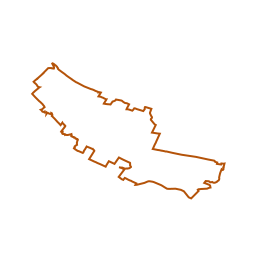 Unteni, Botosani, Romania (Equal Earth projection), rotated 155°
{"feature_id": "2599482B71401887627559", "entity_name": "Unteni", "entity_type": "district", "adm_level": 2, "iso_a3": "ROU", "parent_name": "Romania", "parent_adm1": "Botosani", "projection": "equal_earth", "projection_center": [26.797, 47.801], "detail": "fine", "context": "isolated", "style": "outline", "palette": "amber", "viewbox_px": 256, "rotation_deg": 155, "n_neighbors": 0, "source": "geoboundaries", "source_scale": "gbopen_adm2", "svg_char_len": 5690}
<svg xmlns="http://www.w3.org/2000/svg" viewBox="0 0 256 256"><g transform="rotate(155 128 128)"><path d="M182.3,213.3L182.2,213.2L188.6,211.3L188.6,211.2L189.4,210.9L189.5,211.1L190.2,210.9L190.8,210.7L192.1,210.4L192.9,210.1L194.0,209.8L193.7,208.7L193.0,207.2L192.6,206.1L192.3,204.6L192.4,204.3L192.3,203.8L191.9,203.1L191.6,202.9L191.3,202.6L190.9,202.3L191.8,202.2L192.2,202.0L192.5,201.8L192.9,201.8L196.7,200.8L199.2,200.0L200.1,199.5L200.4,199.4L199.1,195.3L197.5,190.9L197.0,189.6L196.6,188.9L195.3,185.5L195.2,184.7L194.8,183.3L194.9,183.0L194.9,182.5L194.8,182.2L197.8,181.3L198.4,181.2L199.1,181.4L199.3,181.4L198.9,180.7L198.8,179.8L198.6,178.9L197.7,178.3L197.4,178.2L196.9,178.2L197.1,177.9L197.2,177.5L197.1,177.3L196.4,177.2L196.2,176.9L195.6,176.9L195.7,176.5L195.5,176.0L195.5,175.8L195.9,175.2L195.3,175.5L194.4,175.8L193.3,174.2L193.0,174.0L192.9,174.0L192.8,173.9L192.7,173.8L192.5,173.7L192.1,173.3L191.3,173.8L191.2,174.0L190.9,173.6L191.1,173.3L191.1,173.1L190.9,173.0L191.0,172.2L191.0,171.8L191.1,171.6L191.4,171.4L191.9,171.2L192.0,171.1L191.7,170.5L190.5,167.2L189.2,162.9L188.8,162.0L187.9,159.1L185.2,160.6L185.2,160.0L185.2,159.8L184.9,159.3L184.7,158.9L184.7,158.7L184.7,158.4L184.2,157.4L184.1,156.9L184.0,156.6L184.5,156.3L184.4,155.9L189.4,153.4L190.2,152.9L189.7,152.1L188.9,152.0L189.0,151.8L189.9,151.1L189.9,150.7L189.8,150.3L188.8,149.7L187.8,149.1L187.8,148.8L187.8,148.7L187.9,148.4L187.7,148.4L187.4,148.1L187.0,148.0L186.3,147.4L185.1,147.0L183.5,146.7L183.0,146.5L182.0,146.4L182.1,146.2L182.4,146.2L182.7,145.9L182.1,145.2L182.8,144.4L182.3,143.9L182.0,143.4L181.2,142.9L181.1,142.7L181.1,142.4L180.7,142.4L180.3,141.9L180.2,141.6L180.2,141.4L180.0,141.1L180.1,140.9L179.6,140.5L179.6,140.4L179.4,140.1L179.5,139.9L179.2,139.6L178.6,139.4L178.5,138.8L178.4,138.7L178.8,138.1L179.3,137.9L179.9,137.0L180.2,136.7L180.6,136.2L180.7,135.8L181.1,135.1L181.3,134.3L182.1,134.3L182.7,134.1L183.1,134.1L183.3,134.1L183.7,133.9L184.1,133.8L184.2,133.7L184.4,133.5L184.3,133.1L184.4,132.9L184.9,132.9L185.4,132.6L185.6,132.4L185.3,132.0L185.1,131.8L184.9,131.0L183.8,129.4L183.5,128.7L182.5,127.9L179.5,124.5L178.9,124.7L178.7,124.8L178.2,125.3L177.5,126.0L175.9,126.9L173.3,128.7L173.1,128.4L172.3,127.6L170.6,125.8L170.0,125.1L169.8,124.8L169.1,124.1L168.8,124.0L168.8,123.5L168.4,122.8L168.1,121.8L168.2,121.5L176.4,116.2L174.7,114.2L172.9,112.0L171.5,110.5L170.6,109.3L168.4,106.9L167.3,105.6L164.6,102.4L163.3,103.4L159.4,106.0L155.4,101.2L148.7,105.1L145.9,101.5L141.8,96.6L141.1,95.9L140.9,95.6L140.9,95.4L141.1,95.1L141.3,94.3L141.5,94.0L141.8,93.7L141.9,93.4L141.8,92.9L141.9,92.6L141.8,92.1L141.7,91.7L141.8,91.4L142.4,91.3L142.8,91.2L143.6,91.0L143.9,91.1L144.7,91.2L145.4,91.5L145.9,91.5L146.4,91.9L147.7,92.3L148.5,93.0L149.8,94.4L150.4,94.8L151.3,95.1L151.9,95.7L152.0,95.6L151.8,95.4L151.3,94.9L151.0,94.7L150.5,94.2L150.2,93.9L149.7,93.2L149.5,92.6L149.3,92.1L149.1,91.8L155.4,88.5L157.1,87.6L155.9,85.4L155.3,84.2L154.2,83.0L153.6,83.4L153.2,83.5L152.0,84.1L150.9,82.8L149.5,80.9L148.3,79.5L147.5,78.8L146.8,77.7L145.9,76.7L143.9,74.3L145.3,73.3L144.8,73.1L143.5,72.7L140.4,72.1L136.3,71.3L133.0,71.2L131.8,71.0L130.6,70.4L128.4,68.9L127.3,67.9L122.2,62.3L121.4,61.2L120.0,59.0L118.6,56.9L118.2,56.4L116.6,55.5L110.6,52.9L106.2,49.6L104.1,47.0L102.4,40.0L102.2,39.4L100.5,37.5L90.7,41.1L90.9,42.5L90.1,42.7L87.2,41.7L82.0,39.6L79.5,39.5L78.4,39.2L77.9,41.2L78.5,42.3L81.1,45.0L82.1,46.0L80.0,47.1L77.3,45.6L76.8,44.8L76.4,44.0L75.6,43.7L74.5,43.5L74.2,42.9L73.5,42.2L72.4,41.7L70.3,41.6L69.5,42.0L68.0,42.2L67.1,42.9L66.5,43.9L66.3,44.7L63.7,48.0L62.4,49.3L60.6,51.0L60.3,50.4L59.9,49.9L59.4,50.0L59.0,50.2L58.4,51.4L58.2,51.5L57.9,51.9L58.2,52.1L57.1,53.3L56.9,53.4L56.4,54.0L55.6,55.0L56.4,55.2L58.4,56.4L59.1,55.6L62.6,57.9L61.7,59.0L63.0,60.2L63.2,60.4L63.3,60.6L63.5,60.9L63.4,61.2L63.4,61.6L63.7,62.0L68.7,65.6L78.6,73.1L90.7,81.1L98.1,86.6L103.1,90.5L103.7,90.7L105.2,91.9L106.2,92.6L106.9,93.2L107.1,93.2L108.9,94.6L110.3,95.5L114.4,98.5L113.7,99.1L111.3,101.2L109.8,102.4L109.3,102.7L107.9,104.0L105.4,106.1L104.6,106.9L104.0,107.3L101.6,109.4L103.3,110.4L108.2,113.7L101.6,119.0L102.0,119.5L102.4,120.4L103.2,123.5L103.6,125.0L103.7,125.5L103.8,125.8L103.6,126.3L103.4,126.5L103.2,126.6L102.6,126.8L102.2,127.0L101.7,127.6L101.7,128.0L101.9,129.3L101.9,130.4L101.9,131.8L101.8,132.3L101.5,132.7L98.7,135.5L103.3,139.6L103.7,139.8L103.9,139.7L104.0,139.6L104.2,139.4L104.4,139.1L104.9,138.0L107.0,136.9L112.0,141.4L113.2,142.7L114.0,143.2L115.6,142.3L116.8,141.9L119.2,144.2L120.4,145.1L121.4,145.6L121.0,146.0L120.4,146.5L117.0,149.0L117.9,150.1L118.1,150.4L118.7,151.0L119.8,151.7L120.2,152.0L120.8,152.9L121.6,154.3L121.9,155.1L122.4,155.7L124.9,157.5L125.4,157.9L126.0,158.2L126.8,158.9L127.7,158.4L127.9,158.3L129.9,158.3L130.8,158.5L133.9,156.7L134.8,157.3L136.3,158.1L137.9,159.1L139.6,160.3L138.8,160.9L138.1,161.2L137.7,161.6L137.0,162.0L136.3,162.4L135.4,163.1L135.8,163.3L137.1,164.9L137.7,165.8L138.9,167.0L139.5,167.8L141.4,169.1L137.6,171.6L138.7,172.5L139.3,172.8L139.9,172.8L139.8,173.2L139.9,173.4L142.1,175.7L142.4,176.2L143.8,177.8L145.2,179.0L150.1,184.2L155.0,190.7L155.6,191.3L157.9,195.0L158.1,195.3L158.1,195.5L160.4,199.4L161.8,201.9L161.9,202.2L162.0,202.5L162.9,204.3L164.1,206.4L165.5,209.0L166.0,209.9L166.5,211.3L166.2,211.8L166.3,212.2L166.5,212.8L166.4,213.4L167.1,215.3L167.6,216.0L167.8,216.7L168.6,218.0L169.1,218.5L169.5,218.3L169.2,217.6L169.4,217.1L169.4,216.7L169.1,215.8L169.4,215.4L169.3,214.6L169.4,214.2L169.7,213.6L170.1,213.2L170.7,213.5L171.1,213.9L171.4,214.0L171.6,214.3L172.0,214.4L172.3,214.8L175.0,216.0L182.3,213.3Z" fill="none" stroke="#b45309" stroke-width="2"/></g></svg>